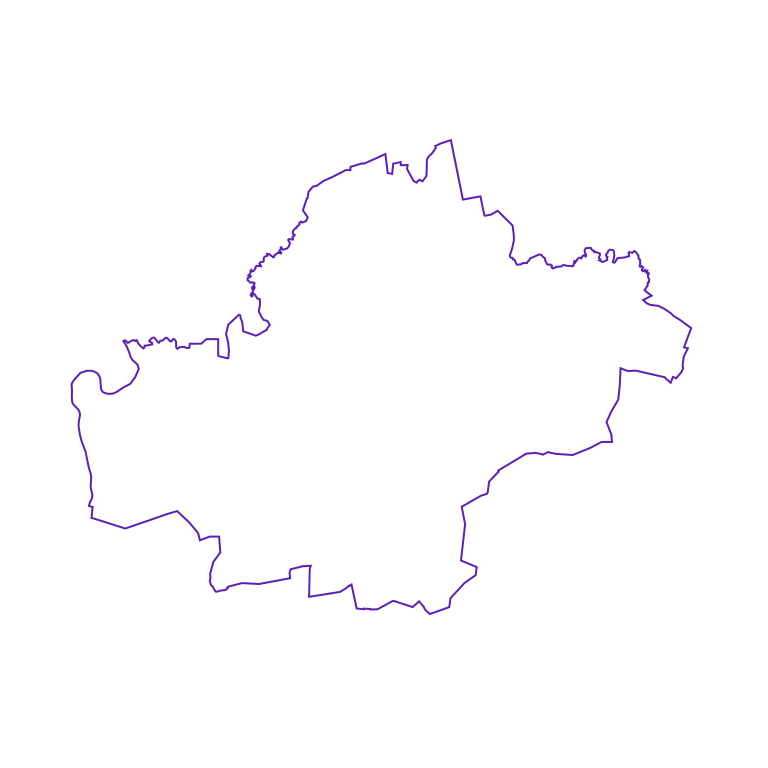 Vārmes pag., Kuldigas, Latvia (orthographic projection), rotated 353°
{"feature_id": "27541924B31224104965388", "entity_name": "Vārmes pag.", "entity_type": "district", "adm_level": 2, "iso_a3": "LVA", "parent_name": "Latvia", "parent_adm1": "Kuldigas", "projection": "orthographic", "projection_center": [22.227, 56.858], "detail": "fine", "context": "isolated", "style": "outline", "palette": "violet", "viewbox_px": 768, "rotation_deg": 353, "n_neighbors": 0, "source": "geoboundaries", "source_scale": "gbopen_adm2", "svg_char_len": 6135}
<svg xmlns="http://www.w3.org/2000/svg" viewBox="0 0 768 768"><g transform="rotate(353 384 384)"><path d="M517.9,225.9L511.0,228.9L504.6,229.3L504.1,228.7L502.6,209.5L484.8,210.6L480.1,150.1L469.9,152.1L463.9,154.0L464.1,156.2L459.4,161.3L456.2,163.4L453.9,166.5L452.1,179.0L451.4,182.8L446.9,187.5L444.1,185.6L442.4,186.5L441.0,188.1L438.1,186.1L433.1,173.4L434.1,169.6L427.3,168.8L427.6,165.7L420.0,166.5L417.7,176.5L413.4,175.1L413.4,155.9L391.7,162.7L389.7,162.6L389.6,162.3L377.2,164.4L376.7,167.6L372.3,167.0L357.8,172.3L349.0,175.0L341.0,179.2L337.4,179.4L332.4,184.2L330.7,190.3L329.8,190.8L324.7,201.7L328.6,209.2L326.4,212.9L322.7,213.7L322.2,213.7L321.6,212.7L320.9,212.9L319.4,214.0L319.6,215.2L319.3,215.6L316.6,217.3L316.1,218.4L315.1,218.5L312.7,220.5L311.7,223.4L312.2,224.3L313.5,225.0L313.5,225.5L311.0,227.0L311.5,228.7L311.0,229.6L307.3,228.6L306.6,229.0L306.5,230.0L307.9,232.8L305.9,236.3L304.4,237.6L300.2,238.4L299.4,237.9L298.7,235.7L298.1,235.9L297.8,237.7L296.3,239.3L297.9,240.8L298.0,241.3L297.5,241.9L295.1,240.7L291.0,242.9L290.2,244.6L289.5,244.8L286.0,241.1L283.9,240.6L284.1,242.4L281.9,242.8L280.4,243.7L279.9,244.7L279.6,247.3L279.1,247.9L276.2,248.0L274.9,249.5L276.4,251.7L276.3,252.2L272.1,251.2L270.7,252.3L270.6,253.6L268.0,256.1L266.5,256.1L266.2,254.6L265.5,255.1L264.9,257.9L262.6,259.7L264.9,260.6L264.9,261.0L263.8,261.8L262.0,262.1L261.4,262.6L261.2,264.2L263.7,267.1L266.3,267.2L267.6,267.7L267.8,268.4L267.0,269.0L267.4,272.8L266.8,273.6L265.5,271.4L264.7,272.2L265.4,276.0L265.0,277.0L263.5,277.8L262.6,279.2L262.5,279.8L263.2,280.8L264.1,280.9L264.7,278.9L265.3,278.6L265.9,278.9L266.8,279.6L268.7,283.8L271.0,284.5L270.6,290.2L268.6,296.6L268.9,297.8L270.8,303.1L272.3,305.7L275.8,307.1L277.9,311.3L273.9,315.8L274.0,316.0L266.1,319.4L262.7,320.4L250.8,314.6L250.8,305.0L249.6,300.9L249.9,298.5L248.4,297.6L236.7,306.1L236.3,306.9L233.3,315.3L234.5,324.3L234.2,327.3L234.3,331.3L232.7,339.3L232.0,339.5L223.3,336.2L222.9,335.3L224.9,319.4L224.7,319.3L213.2,317.8L207.7,321.7L196.2,320.4L195.2,324.4L192.1,324.1L190.3,322.8L185.6,322.6L183.3,323.9L182.2,322.5L182.8,316.5L181.4,314.1L180.7,313.6L180.1,313.7L178.6,315.4L177.5,315.8L175.8,314.2L174.8,312.4L174.1,311.7L172.5,311.6L169.8,313.9L167.2,313.8L165.7,315.6L164.8,315.1L161.8,310.1L160.1,309.9L159.1,310.2L156.2,312.6L156.6,313.4L158.9,314.9L158.8,316.4L153.9,316.9L151.3,316.7L150.9,317.1L150.7,318.4L149.7,319.4L147.5,317.3L145.7,314.9L144.8,313.2L144.0,310.4L143.4,310.3L142.5,311.1L140.7,309.9L139.3,310.1L134.8,312.0L133.4,310.4L132.8,309.2L132.2,309.0L130.6,309.7L132.9,314.5L135.0,321.7L135.7,326.0L137.3,329.6L141.4,334.3L142.0,336.1L142.4,339.2L138.0,346.7L132.2,352.9L124.8,355.7L117.5,359.4L113.5,360.5L109.7,360.3L106.1,359.1L103.7,357.5L102.5,354.4L103.0,345.5L102.7,342.5L101.4,339.2L98.3,336.5L94.8,335.1L90.4,334.7L84.0,336.0L77.1,342.0L74.6,344.8L73.8,346.9L73.6,351.9L72.5,359.4L72.3,363.8L72.8,365.9L77.4,372.1L78.4,374.7L78.5,377.7L76.5,384.2L75.7,388.2L76.0,396.9L76.7,403.0L79.5,414.6L80.8,430.8L81.9,437.3L82.1,440.5L80.6,448.5L80.3,451.7L81.0,458.1L80.5,461.2L79.0,464.0L77.9,465.0L76.3,469.2L79.8,470.5L77.4,481.2L109.6,495.9L154.2,486.4L163.2,484.9L174.4,498.5L181.3,509.3L182.3,516.7L192.5,514.2L201.7,515.4L201.0,531.3L192.9,539.8L188.2,551.5L188.2,555.0L187.0,558.6L187.5,560.1L187.4,561.9L189.2,564.2L191.5,569.5L193.3,569.8L195.2,569.2L201.9,569.1L203.0,567.9L203.9,567.8L203.8,566.7L205.0,566.1L218.8,564.3L235.6,567.3L267.2,565.3L267.2,559.9L268.8,556.5L279.0,555.3L279.7,554.9L289.1,555.5L287.8,558.3L283.7,586.1L315.0,585.0L320.6,582.5L325.0,579.8L325.3,580.2L327.3,579.1L329.5,603.5L336.6,605.1L336.7,604.5L342.9,605.6L342.9,606.1L350.2,606.8L365.7,600.6L367.5,600.6L385.2,608.9L392.3,604.0L396.4,610.2L396.8,611.8L397.7,613.5L401.5,617.9L421.6,613.4L423.8,604.9L425.4,603.4L439.4,591.5L451.7,584.9L453.7,577.0L438.9,568.6L447.4,533.1L446.2,515.3L466.3,506.8L472.8,505.5L473.9,503.7L476.4,493.7L487.1,484.9L486.8,483.8L516.7,470.5L526.0,470.8L532.4,473.0L532.9,473.5L538.3,471.6L546.1,474.3L562.7,477.5L581.1,472.5L592.9,468.0L603.3,469.3L603.5,462.0L600.2,448.9L606.4,438.8L614.6,428.1L617.9,413.9L620.7,397.2L627.7,400.9L635.6,401.4L663.7,411.6L664.6,413.3L668.7,417.7L671.6,412.2L674.7,413.9L681.0,408.1L682.7,405.1L682.7,401.6L684.9,393.2L690.0,385.6L686.2,384.2L695.7,366.0L685.9,356.7L680.0,352.0L677.1,348.5L670.9,343.2L666.0,339.9L658.2,338.0L654.6,335.9L651.5,332.2L660.3,329.0L654.0,322.7L657.9,318.0L657.7,316.9L658.3,315.5L659.4,315.4L660.0,312.2L659.2,310.5L659.2,307.8L660.2,307.2L660.0,306.0L658.6,305.8L658.9,305.4L658.4,304.8L659.2,303.6L657.7,303.3L656.5,304.1L655.9,303.6L656.3,302.9L654.5,303.5L653.8,302.5L654.4,300.7L655.4,300.0L653.8,298.2L652.6,298.8L652.0,298.1L653.2,295.1L652.9,293.6L653.4,292.8L653.3,291.9L652.2,290.9L652.0,289.9L652.2,287.6L649.6,283.0L648.2,282.6L646.5,284.1L643.3,282.9L642.8,283.5L642.8,284.2L643.0,286.9L642.4,287.3L641.3,287.1L637.9,287.8L631.5,287.5L630.3,288.3L628.3,291.2L627.2,291.7L626.1,290.8L628.3,284.6L628.3,280.1L627.5,278.9L624.8,278.2L623.0,278.9L621.8,281.1L620.2,282.5L620.1,283.7L621.3,285.1L620.5,285.8L620.8,287.2L620.5,288.1L616.0,289.6L613.1,287.7L613.9,287.5L614.0,286.6L612.6,285.2L612.6,284.7L614.2,282.2L614.1,280.8L610.2,278.8L609.1,278.9L608.6,278.4L608.9,278.0L608.7,277.4L607.7,277.2L606.4,275.7L606.1,274.4L605.5,274.0L600.9,273.8L599.6,275.3L599.3,276.5L599.4,278.1L600.4,280.5L600.0,281.7L599.6,282.0L598.2,280.6L597.6,280.8L596.5,281.4L595.1,283.4L594.1,282.5L593.4,282.4L591.4,283.4L590.1,285.3L587.7,285.3L587.7,285.8L588.7,286.6L588.5,287.0L587.1,287.3L586.7,288.2L586.7,289.5L585.0,290.2L583.2,289.4L581.3,289.4L576.9,287.8L575.7,288.0L574.5,289.0L568.8,288.7L567.8,289.5L565.4,289.8L564.5,288.3L565.2,287.1L563.7,285.6L561.9,285.8L560.2,284.7L560.1,283.4L559.2,281.5L559.0,278.6L557.2,277.2L556.1,275.1L553.9,274.3L544.3,277.2L543.0,279.1L541.6,279.9L540.7,281.4L536.5,280.9L534.2,282.0L530.6,281.8L529.9,280.7L528.7,276.5L527.2,276.1L526.9,274.4L525.5,274.2L525.0,273.7L524.4,272.1L527.8,264.9L530.5,257.0L531.0,251.0L530.9,242.3L517.9,225.9Z" fill="none" stroke="#5b21b6" stroke-width="2"/></g></svg>